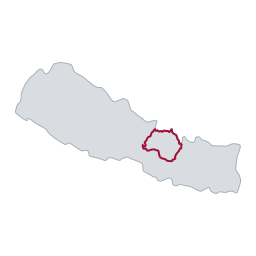 Bagmati on a map of Nepal (Robinson projection)
{"feature_id": "NPL-1130", "entity_name": "Bagmati", "entity_type": "District", "adm_level": 1, "iso_a3": "NPL", "parent_name": "Nepal", "parent_adm1": "", "projection": "robinson", "projection_center": [85.32, 27.846], "detail": "fine", "context": "in_parent", "style": "outline", "palette": "rose", "viewbox_px": 256, "rotation_deg": 0, "n_neighbors": 0, "source": "natural_earth", "source_scale": "10m", "svg_char_len": 4791}
<svg xmlns="http://www.w3.org/2000/svg" viewBox="0 0 256 256"><path d="M239.0,144.4L240.1,145.3L240.2,146.7L240.0,148.4L238.9,151.8L237.9,154.3L236.7,159.5L235.6,168.4L235.9,170.0L239.2,175.1L240.5,179.1L240.6,181.7L239.3,186.3L237.7,191.4L237.0,192.5L236.1,192.9L232.0,191.1L229.2,191.4L226.0,192.4L222.6,192.2L219.8,191.6L216.3,193.6L212.9,192.5L210.8,191.2L209.3,187.7L208.7,187.3L201.7,191.0L200.0,191.2L195.6,189.2L191.9,187.2L190.6,186.6L187.1,185.9L184.0,185.4L180.6,184.2L176.4,185.8L174.6,185.7L173.0,184.5L172.2,182.1L172.0,179.9L170.6,178.3L168.3,178.0L165.2,179.4L160.7,181.2L159.2,180.9L157.8,180.4L157.3,179.9L156.7,177.8L156.0,177.3L154.9,177.2L153.1,176.7L150.7,175.2L143.7,171.4L142.9,169.8L142.9,166.1L142.5,164.6L141.6,163.0L138.1,161.4L131.1,158.8L127.2,156.8L125.4,157.7L121.8,158.6L119.9,160.5L117.6,159.9L112.2,157.9L109.3,157.6L107.5,158.3L107.1,159.4L104.9,160.7L102.8,159.7L98.6,158.3L95.0,157.5L89.4,155.9L88.8,153.3L87.9,150.8L86.6,150.4L81.6,150.9L77.1,148.1L72.2,144.6L70.2,143.4L68.8,143.0L67.6,143.5L66.3,144.3L65.0,144.5L62.4,143.0L59.0,140.8L54.9,138.2L50.1,134.4L48.1,132.3L47.2,130.8L46.2,129.3L42.0,126.8L38.6,124.9L34.6,122.6L34.0,122.1L32.4,120.8L30.1,119.0L28.2,118.5L27.6,119.5L27.1,120.5L25.4,120.2L22.9,118.5L20.2,116.6L18.0,114.9L15.9,113.1L15.4,111.8L16.3,107.8L17.6,104.3L18.7,103.5L20.5,101.3L21.2,97.2L21.2,93.8L23.0,89.0L25.4,83.8L29.5,78.3L31.3,76.4L33.3,75.2L37.1,71.1L37.9,70.4L39.5,69.4L41.2,69.1L42.4,69.6L43.6,71.8L45.1,73.8L46.9,73.7L49.1,72.0L53.7,64.0L59.9,62.4L65.8,63.2L71.0,64.4L72.5,67.0L73.4,69.8L74.1,71.3L75.8,72.9L83.1,76.9L87.3,80.5L93.2,85.3L97.6,87.5L101.5,87.6L103.7,89.5L107.0,93.3L109.8,97.6L113.3,101.6L115.7,101.5L119.0,100.2L123.1,98.5L125.5,99.3L127.7,100.4L128.4,102.5L129.7,106.4L131.2,110.5L133.5,111.9L136.2,114.0L137.7,115.6L142.8,118.7L143.6,119.9L144.6,120.8L145.9,121.3L146.9,121.9L148.5,122.1L154.5,120.3L156.0,120.5L156.9,120.9L157.0,121.5L155.9,124.4L155.0,128.1L155.9,129.9L158.4,130.6L163.9,131.2L171.4,131.1L173.6,133.0L175.9,135.8L178.1,140.5L179.0,142.5L180.2,143.1L182.1,142.3L182.4,140.4L182.5,137.5L184.1,136.5L185.1,137.2L186.4,139.5L189.4,141.5L191.7,142.5L193.8,142.2L194.7,141.4L195.7,137.4L197.4,136.8L199.5,137.1L200.3,137.9L201.2,139.5L203.7,140.2L206.3,141.2L208.7,142.5L212.0,145.5L216.2,146.0L221.0,145.9L223.6,146.0L225.4,146.2L227.1,146.0L232.0,143.9L234.1,143.7L236.6,144.0L239.0,144.4Z" fill="#d9dde1" stroke="#a8b0b8" stroke-width="1"/><path d="M154.8,129.4L154.8,129.8L155.0,130.3L155.6,130.7L156.3,130.7L156.8,130.4L157.3,130.3L158.2,131.1L158.7,131.3L159.3,131.5L159.7,131.5L160.1,131.4L160.9,131.0L161.2,131.0L161.6,131.1L161.8,131.4L162.1,131.7L162.6,131.7L163.0,131.5L163.7,130.8L164.1,130.5L164.5,130.5L164.9,130.7L165.7,131.1L166.3,131.0L167.0,131.0L167.6,131.0L168.2,131.2L168.8,131.6L169.2,132.0L169.5,132.0L170.3,130.8L170.5,130.6L171.1,130.4L171.3,130.2L171.3,129.9L171.3,129.6L171.4,129.3L171.8,129.3L171.9,130.0L172.0,131.4L172.4,132.3L172.9,133.0L173.5,133.6L174.3,134.1L175.5,134.6L176.1,135.0L176.5,135.5L176.6,135.9L176.7,136.6L177.2,137.2L177.3,137.5L177.2,137.9L177.3,138.3L177.5,139.0L177.8,139.5L178.7,140.4L179.1,141.0L179.1,141.6L179.0,142.2L179.0,142.9L179.3,143.7L179.8,143.9L181.0,143.8L181.7,143.9L181.8,143.8L181.3,145.3L181.2,146.1L181.3,147.2L181.3,147.9L181.2,148.3L180.4,148.6L180.2,148.6L179.9,148.9L179.5,149.5L179.1,150.5L178.8,151.1L178.4,151.6L177.3,152.8L176.0,154.5L175.9,155.0L175.6,155.6L175.4,155.9L175.1,156.3L175.0,156.5L175.1,156.9L175.1,157.1L175.3,158.5L174.6,159.2L173.0,159.5L172.7,159.7L172.5,159.9L172.5,160.2L172.4,160.6L172.2,161.0L171.9,161.1L171.5,161.2L167.5,160.9L167.3,160.8L167.1,160.7L166.5,160.2L165.8,159.6L165.1,159.2L164.3,158.9L163.4,158.7L162.2,158.5L160.5,157.5L160.1,157.1L159.8,156.8L159.7,156.5L159.6,155.7L159.4,155.3L159.3,155.1L159.2,154.9L159.1,154.7L159.0,154.4L158.8,152.3L158.4,151.1L158.3,150.8L158.1,150.7L157.8,150.5L156.5,150.3L155.0,149.6L154.6,149.4L154.2,149.4L152.3,149.5L152.0,149.5L151.2,149.8L150.6,149.8L150.0,150.0L149.4,150.4L149.0,150.6L148.6,150.6L146.9,150.4L146.6,149.4L146.4,149.2L146.2,149.0L145.9,148.8L143.9,148.7L143.4,148.6L143.3,148.3L143.4,148.1L143.4,147.9L143.3,147.6L143.0,147.1L142.8,146.8L142.6,146.5L142.6,146.3L142.6,146.1L142.9,145.6L142.9,145.3L143.2,145.5L143.3,145.6L143.4,145.8L143.6,146.0L143.9,146.3L144.2,146.4L144.5,146.4L144.9,146.4L145.1,146.3L145.4,146.1L145.5,145.8L145.6,145.1L145.6,144.7L145.4,144.2L144.9,143.2L144.8,142.9L144.7,142.7L144.8,142.3L144.9,142.0L145.8,141.2L146.2,140.7L147.6,137.8L147.8,137.5L148.1,137.2L148.6,136.9L149.2,136.7L149.9,136.5L150.2,136.4L150.5,136.0L150.8,135.3L151.3,133.5L151.5,133.0L151.9,132.5L153.0,131.6L153.3,131.3L153.9,130.1L154.3,129.7L154.8,129.4L154.8,129.4Z" fill="none" stroke="#9f1239" stroke-width="2"/></svg>